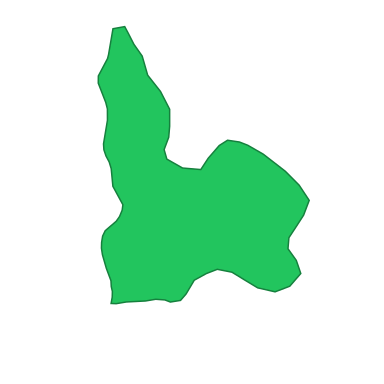 the district of Pakchon, P'yŏngan-bukto, North Korea, rotated 110°
{"feature_id": "82179303B99885007667227", "entity_name": "Pakchon", "entity_type": "district", "adm_level": 2, "iso_a3": "PRK", "parent_name": "North Korea", "parent_adm1": "P'yŏngan-bukto", "projection": "equal_earth", "projection_center": [125.607, 39.693], "detail": "fine", "context": "isolated", "style": "filled", "palette": "green", "viewbox_px": 384, "rotation_deg": 110, "n_neighbors": 0, "source": "geoboundaries", "source_scale": "gbopen_adm2", "svg_char_len": 1075}
<svg xmlns="http://www.w3.org/2000/svg" viewBox="0 0 384 384"><g transform="rotate(110 192 192)"><path d="M324.4,229.9L322.9,225.1L317.8,216.1L312.8,204.3L310.3,198.4L305.2,189.4L302.7,180.6L302.8,174.7L297.8,165.7L289.9,162.7L274.1,159.7L263.8,150.7L256.0,141.8L253.7,127.0L256.7,112.3L259.6,97.5L257.4,79.8L247.1,67.9L231.4,61.9L220.6,70.6L212.5,82.4L207.0,83.9L201.8,85.3L188.7,82.2L175.6,79.2L159.8,79.0L148.9,93.7L140.6,111.4L132.1,137.9L129.0,155.6L128.8,164.5L131.2,176.3L139.0,182.3L154.7,188.3L167.9,191.4L172.7,209.1L169.7,226.9L161.7,232.7L148.5,232.6L137.8,235.5L121.9,241.3L108.3,256.0L97.4,273.6L81.3,285.3L73.1,297.1L64.9,305.9L59.6,311.8L65.6,322.1L91.5,317.4L95.5,317.0L115.0,319.7L121.8,317.3L137.3,303.7L142.9,299.9L153.5,296.0L160.4,294.7L177.1,291.6L182.5,289.2L187.6,285.1L192.1,280.1L197.7,275.9L213.7,268.3L227.6,252.6L233.0,251.4L239.8,251.7L245.4,253.2L258.0,260.3L264.0,260.9L270.3,259.7L275.7,257.9L281.6,254.7L293.0,246.4L303.1,237.8L308.5,235.5L312.7,232.8L318.1,231.0L324.4,229.9Z" fill="#22c55e" stroke="#15803d" stroke-width="1.5"/></g></svg>